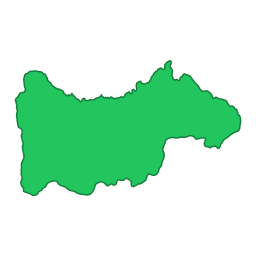 Rubelita, Minas Gerais, Brazil (Equal Earth projection)
{"feature_id": "56859067B88143835159179", "entity_name": "Rubelita", "entity_type": "district", "adm_level": 2, "iso_a3": "BRA", "parent_name": "Brazil", "parent_adm1": "Minas Gerais", "projection": "equal_earth", "projection_center": [-42.213, -16.362], "detail": "fine", "context": "isolated", "style": "filled", "palette": "green", "viewbox_px": 256, "rotation_deg": 0, "n_neighbors": 0, "source": "geoboundaries", "source_scale": "gbopen_adm2", "svg_char_len": 5182}
<svg xmlns="http://www.w3.org/2000/svg" viewBox="0 0 256 256"><path d="M234.2,107.5L232.6,106.2L231.1,106.1L230.1,106.5L228.8,105.4L227.9,103.6L226.9,102.0L226.1,100.7L224.5,100.1L222.8,99.5L221.7,99.1L219.4,98.9L218.0,98.4L217.0,97.5L215.9,97.3L214.3,98.0L212.5,98.2L212.3,96.2L211.6,94.7L210.4,93.2L209.1,92.2L208.1,91.4L206.9,90.9L205.6,90.9L204.5,91.2L202.6,91.4L201.1,90.3L199.5,88.4L198.4,86.3L197.5,85.2L196.1,83.9L194.8,82.5L193.9,81.3L192.8,79.9L191.9,78.6L191.0,77.4L190.0,76.1L188.8,75.4L187.2,74.9L185.5,74.3L184.2,73.9L183.1,74.7L182.3,76.4L181.1,76.8L180.2,78.1L179.5,80.3L178.4,80.7L176.9,79.4L175.2,79.9L174.0,80.0L173.1,78.7L172.6,77.0L171.9,75.6L172.0,73.6L172.4,71.5L172.2,69.8L171.2,68.4L170.4,67.0L170.2,65.4L170.9,64.0L171.3,61.9L170.0,60.6L168.3,61.6L166.6,62.5L165.7,63.8L164.7,65.1L164.9,67.0L164.7,69.0L163.5,69.7L162.0,68.8L160.6,67.9L159.4,68.8L157.9,69.2L157.4,70.8L155.8,71.5L154.5,72.8L153.6,73.9L153.1,75.4L152.2,76.3L151.2,77.6L150.8,79.5L149.8,80.4L149.4,82.1L147.8,82.7L146.0,83.4L144.5,84.3L143.4,83.6L141.7,83.4L140.7,81.3L139.4,81.5L138.2,82.1L136.8,83.1L136.4,84.5L136.2,86.3L136.8,88.3L136.6,89.9L135.7,91.1L134.6,90.5L133.5,89.4L132.2,89.9L132.1,92.3L131.3,93.9L130.1,93.3L129.0,91.7L127.9,92.6L126.8,93.0L125.5,94.0L124.8,95.6L123.9,96.9L122.4,97.4L121.2,96.7L120.0,97.4L118.9,97.8L117.1,98.2L115.6,98.3L114.3,98.6L112.6,98.2L111.6,97.0L110.4,97.3L109.6,98.5L108.0,97.4L106.8,98.1L105.7,97.3L104.3,98.4L103.4,97.1L102.0,96.6L101.6,95.0L100.0,96.6L98.4,97.8L97.0,98.0L95.9,98.2L94.4,99.7L92.8,99.9L91.4,100.1L90.2,99.4L89.0,100.3L87.8,100.6L86.3,100.4L84.9,100.4L84.8,98.6L83.2,98.5L82.1,99.8L81.5,101.5L80.3,101.7L79.4,100.4L78.0,99.3L76.6,98.7L75.3,98.0L74.7,96.7L73.5,95.5L71.9,93.6L71.0,94.9L69.8,95.7L68.8,94.8L67.8,95.8L66.2,95.1L65.0,94.3L64.0,93.6L63.5,91.8L62.6,90.9L61.3,90.2L59.4,89.2L57.3,88.9L55.9,88.1L54.7,87.4L53.7,86.5L52.5,85.8L51.3,84.4L50.6,82.6L49.1,82.1L48.4,81.0L47.5,80.1L47.4,78.1L46.0,76.1L45.3,74.2L43.7,74.3L42.4,72.6L40.4,71.7L38.7,71.7L37.2,71.2L35.3,71.0L32.9,71.2L31.6,71.3L30.3,71.4L29.0,71.9L28.0,73.2L26.8,73.6L25.7,73.9L24.9,74.9L24.4,76.6L23.8,78.8L23.9,81.1L24.2,83.0L24.3,85.4L24.9,87.4L25.5,89.5L24.9,91.1L24.1,92.3L23.0,92.3L21.8,92.6L20.2,92.9L19.4,94.3L18.7,95.6L17.7,97.1L16.0,98.5L15.4,100.2L16.0,101.8L16.3,103.8L16.9,105.8L16.5,107.6L16.9,109.2L17.5,110.8L17.1,112.3L16.7,113.7L16.6,115.7L16.7,117.3L17.1,118.8L17.2,120.6L17.5,122.6L17.9,124.8L18.4,127.1L19.7,128.0L21.0,128.6L22.1,130.0L22.2,132.1L22.0,133.9L21.2,135.9L21.9,138.3L22.4,140.8L23.1,142.8L23.3,144.4L22.4,146.3L22.6,148.1L22.8,150.1L23.3,152.5L23.8,154.5L23.9,156.1L24.1,157.6L23.1,159.7L22.2,161.7L21.4,163.8L21.5,166.2L21.6,168.4L21.1,170.3L21.5,172.1L21.1,174.2L21.7,175.9L22.3,177.8L21.8,179.2L21.3,180.8L20.7,182.4L21.2,184.1L21.6,185.9L22.6,186.9L23.6,187.9L23.4,189.4L23.6,191.3L25.2,192.1L26.5,192.3L27.7,193.0L29.3,193.4L30.7,194.0L31.8,194.8L32.9,195.4L34.1,195.3L35.5,195.0L36.7,194.7L37.9,193.5L38.7,191.7L40.1,190.9L41.6,190.2L42.5,188.8L43.9,187.7L45.2,187.1L46.1,185.5L47.1,183.8L48.7,182.4L51.0,181.6L52.6,181.1L54.1,180.9L55.8,181.0L57.4,182.0L58.5,183.9L59.9,185.0L61.4,185.7L62.9,186.1L64.4,186.6L65.6,187.2L66.5,188.2L67.7,189.1L68.8,189.7L69.8,190.3L71.4,190.7L72.9,191.0L74.6,191.4L76.2,192.5L77.4,193.2L78.7,193.7L79.9,194.0L81.1,194.2L83.5,194.4L84.9,194.7L86.2,194.8L87.3,194.9L88.5,194.8L90.0,194.2L91.2,193.4L92.3,192.1L93.4,190.3L94.2,188.7L94.7,187.0L95.5,184.5L97.2,183.2L99.1,182.3L100.9,181.6L102.7,182.0L104.0,182.8L105.5,184.2L106.9,185.7L108.7,185.5L110.2,184.4L111.8,183.7L113.0,184.9L114.2,185.1L115.9,184.4L116.7,182.1L117.1,180.7L118.1,179.8L119.4,180.0L120.8,180.2L122.1,180.4L123.4,180.4L124.6,179.3L126.0,178.2L127.8,178.9L129.6,179.9L131.1,181.3L131.3,182.9L131.3,184.7L132.0,186.3L133.5,186.6L134.9,185.9L136.3,185.2L137.4,184.3L138.8,184.0L140.4,183.7L141.7,183.1L143.2,182.1L145.0,180.9L146.0,179.5L146.7,177.3L147.4,175.3L148.5,174.0L149.9,174.2L151.4,174.7L152.5,175.2L153.8,175.3L155.4,175.0L156.8,174.0L157.8,172.7L158.4,171.2L158.8,169.9L159.3,168.6L160.3,167.0L161.4,165.8L161.6,164.0L161.9,162.4L162.5,160.9L163.3,159.3L164.0,157.2L164.2,155.1L163.9,153.0L163.1,151.3L162.7,149.1L163.4,147.0L164.0,145.1L164.9,143.2L165.5,140.8L167.1,139.0L168.3,138.3L169.7,138.0L171.1,137.5L172.9,137.5L174.3,137.8L175.6,137.9L178.0,137.9L179.5,137.4L181.2,137.1L182.7,137.1L184.6,137.4L186.1,137.0L187.2,136.7L188.3,136.1L189.4,135.7L190.7,135.6L192.2,136.0L193.5,136.5L194.8,137.7L196.2,139.3L197.9,138.8L199.8,138.4L201.7,137.9L203.1,137.7L204.3,137.8L205.5,138.6L205.4,140.2L204.8,141.8L204.3,143.3L204.5,145.0L205.6,146.5L206.9,146.7L208.4,146.7L209.8,147.8L211.0,147.4L212.0,146.6L213.6,146.4L215.0,146.2L216.1,146.4L217.0,147.4L218.1,148.4L219.2,148.0L220.3,146.1L220.9,144.0L222.2,142.5L223.2,140.5L224.1,139.6L225.2,138.9L226.4,137.9L228.1,137.0L229.4,135.8L230.3,134.8L231.4,134.3L232.7,133.4L233.9,132.8L235.0,132.2L236.6,131.5L238.1,131.0L239.0,129.9L239.7,128.4L239.8,126.5L240.2,124.4L240.6,122.3L240.6,120.2L240.3,118.5L240.2,117.0L239.4,115.5L238.0,114.4L237.6,112.3L237.0,110.5L236.4,109.2L235.0,109.1L234.2,107.5Z" fill="#22c55e" stroke="#15803d" stroke-width="1.5"/></svg>